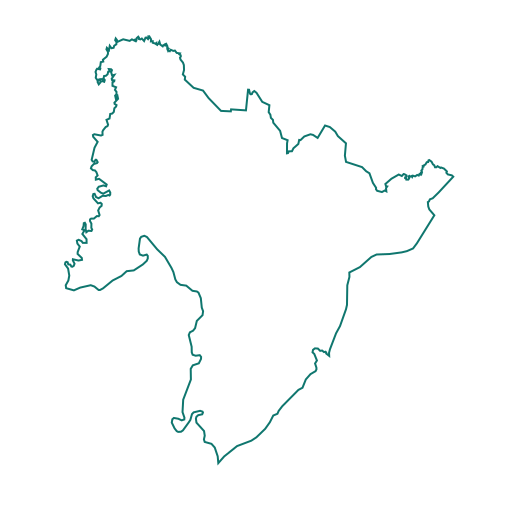 the district of Mueang Yasothon, Yasothon, Thailand, rotated 5°
{"feature_id": "78962969B68944208488638", "entity_name": "Mueang Yasothon", "entity_type": "district", "adm_level": 2, "iso_a3": "THA", "parent_name": "Thailand", "parent_adm1": "Yasothon", "projection": "equal_earth", "projection_center": [104.128, 15.832], "detail": "fine", "context": "isolated", "style": "outline", "palette": "teal", "viewbox_px": 512, "rotation_deg": 5, "n_neighbors": 0, "source": "geoboundaries", "source_scale": "gbopen_adm2", "svg_char_len": 5872}
<svg xmlns="http://www.w3.org/2000/svg" viewBox="0 0 512 512"><g transform="rotate(5 256 256)"><path d="M337.6,349.1L337.2,346.1L337.8,342.5L342.5,326.0L345.8,318.5L350.3,301.2L350.9,296.8L349.5,277.2L350.9,268.7L350.4,264.3L360.5,258.0L371.0,246.9L376.0,244.0L388.8,242.4L400.8,239.7L405.9,238.0L411.8,234.8L415.2,229.3L430.1,199.9L424.6,194.5L423.3,191.7L422.5,187.3L423.5,186.6L424.3,184.4L427.0,183.1L432.4,176.8L445.6,159.8L444.1,158.6L440.0,158.0L438.4,156.5L438.8,155.1L435.6,152.5L432.6,151.7L432.0,152.2L429.0,150.7L427.9,151.9L426.6,152.0L425.7,150.1L424.3,149.3L422.6,146.7L420.2,145.3L419.5,145.7L419.3,147.4L417.9,147.7L416.8,150.1L414.4,151.7L415.0,152.4L414.3,152.8L414.2,155.3L413.3,156.4L414.1,158.0L413.7,159.6L413.0,159.2L413.0,160.6L411.7,160.1L411.1,161.7L409.5,161.2L407.6,162.8L405.3,162.3L404.7,163.7L404.0,162.8L402.8,163.5L401.8,162.8L401.2,163.3L401.8,165.3L401.1,166.6L399.1,166.8L398.8,165.8L397.8,165.5L397.7,164.7L399.0,163.9L398.9,162.6L396.8,161.6L395.9,161.5L394.3,163.6L391.1,162.4L384.2,167.2L378.6,173.0L379.5,175.2L380.6,175.3L379.6,177.1L380.2,180.2L378.6,179.5L375.9,181.3L371.0,180.5L369.7,179.0L369.7,177.6L366.1,173.0L361.8,163.7L358.4,162.0L353.9,158.2L337.5,154.4L335.8,148.3L335.8,135.9L327.1,129.4L324.1,125.2L318.3,121.1L313.4,120.0L307.1,133.0L302.3,130.4L299.6,130.0L293.7,132.7L290.2,136.7L288.9,136.6L288.4,140.7L283.9,145.4L282.7,148.5L279.5,148.9L278.9,150.7L277.9,151.0L277.1,141.0L277.4,137.9L271.6,136.2L269.1,129.2L261.6,121.7L261.0,118.9L258.8,117.1L258.0,114.0L256.1,111.6L256.2,104.6L248.8,101.9L242.3,93.4L239.9,91.8L238.3,93.3L237.8,95.0L236.8,95.4L235.9,94.9L234.6,91.0L233.6,91.0L233.3,111.8L218.4,112.1L218.3,114.1L208.5,114.5L195.0,102.8L188.8,95.8L179.2,93.9L169.7,86.5L169.8,83.6L167.3,81.5L168.1,77.0L167.5,72.1L166.4,69.7L163.7,66.9L163.0,65.1L163.7,63.8L163.5,62.6L162.0,61.7L162.5,60.8L159.3,60.6L157.3,58.4L155.7,58.9L153.1,58.0L152.3,59.5L151.0,58.8L150.6,59.4L149.6,57.5L150.6,56.8L149.4,56.0L149.5,54.8L148.0,52.4L146.9,53.0L147.4,54.2L145.4,54.0L144.8,55.3L142.2,53.7L141.1,50.9L140.4,52.4L140.9,53.0L139.5,53.5L139.2,54.3L138.0,53.7L138.0,52.6L137.3,53.2L134.6,52.6L134.4,51.0L132.6,51.4L132.6,49.3L130.5,46.4L129.6,46.6L130.1,48.5L129.6,49.4L127.7,47.9L126.9,48.1L125.8,51.6L123.3,49.3L121.9,50.3L120.4,50.0L120.4,48.8L119.6,47.8L118.2,49.3L118.1,50.3L117.0,50.8L118.0,51.9L117.6,52.6L113.5,51.0L111.4,52.7L104.8,51.7L99.2,54.8L98.6,52.9L97.3,51.5L96.9,53.3L98.4,55.1L98.4,57.3L96.4,58.9L96.0,61.0L93.9,61.6L92.0,59.4L91.6,63.7L89.3,61.6L89.0,63.2L90.7,65.5L90.9,67.6L89.8,70.5L86.4,73.8L86.9,75.6L84.5,76.4L84.3,80.4L83.4,81.8L84.6,82.6L84.4,83.7L81.4,83.3L80.8,84.3L80.1,86.6L81.1,89.1L80.8,92.4L82.5,94.5L83.8,94.0L83.0,96.4L84.4,98.7L86.1,96.3L85.3,94.6L85.7,93.4L88.0,93.1L87.7,95.2L89.6,95.7L90.0,93.9L88.6,92.3L89.0,89.9L90.7,89.6L92.3,87.9L92.7,85.3L94.3,84.9L93.1,82.6L95.4,82.6L96.3,83.4L95.7,85.6L96.9,88.7L99.1,87.9L96.8,92.0L97.3,93.3L99.6,93.4L99.5,94.4L97.9,95.4L98.2,99.0L101.9,100.1L101.0,102.8L102.7,104.6L102.9,107.1L101.7,108.5L102.6,111.3L104.1,108.8L104.9,111.4L101.6,115.6L101.9,116.8L103.9,117.8L103.6,119.3L102.0,121.2L101.8,124.8L100.4,126.6L98.4,127.2L98.1,131.8L95.2,133.4L97.2,138.1L96.7,139.6L95.0,140.6L92.7,144.1L92.2,145.6L92.6,148.7L91.1,149.5L84.3,148.8L83.0,149.7L83.4,151.4L88.3,156.1L85.7,162.2L83.9,174.5L85.0,176.0L86.7,176.3L87.8,174.1L88.6,174.1L90.1,176.3L89.5,177.3L86.4,178.5L84.4,181.0L83.9,183.1L86.0,184.7L88.1,184.8L89.7,186.4L91.2,189.6L89.5,191.6L89.8,193.9L92.9,192.8L101.0,197.8L100.6,199.6L97.9,199.0L93.3,200.7L92.0,202.8L92.5,204.2L96.0,206.5L98.4,207.2L104.0,203.5L105.3,205.5L105.4,207.6L104.8,208.5L103.5,208.1L101.2,209.3L97.9,209.4L94.1,212.2L91.5,211.2L89.8,208.1L88.6,208.4L88.1,210.6L89.0,212.7L94.0,217.3L96.5,216.5L97.8,217.6L97.8,219.5L96.0,221.3L94.8,224.4L96.6,228.8L95.9,230.1L94.0,230.1L91.2,232.9L88.5,233.1L87.5,234.0L87.5,235.5L89.2,238.1L89.5,242.3L90.5,243.9L89.9,245.4L86.8,245.4L84.9,247.1L83.9,244.0L83.6,239.3L82.6,237.8L81.6,238.3L81.6,241.2L80.6,244.6L82.3,245.1L82.6,246.0L81.1,249.2L85.7,254.0L86.1,257.7L82.3,258.0L80.9,256.4L77.9,255.3L76.2,256.3L77.0,259.2L79.6,262.0L78.0,267.6L78.1,269.5L82.6,273.1L83.0,275.0L79.5,276.0L73.9,275.2L73.9,276.3L75.9,279.5L75.3,281.7L74.0,282.7L73.0,282.6L71.8,280.8L69.7,280.7L68.9,278.6L67.6,278.3L66.7,279.0L66.4,280.9L69.9,284.9L71.7,291.8L71.2,296.8L69.0,301.7L69.7,304.6L77.6,306.1L83.6,302.8L93.9,299.5L97.7,300.5L102.2,303.6L103.5,303.5L106.4,301.6L115.3,292.9L123.7,287.6L128.5,282.4L135.5,281.0L144.0,274.3L147.6,270.3L148.4,267.9L148.2,265.4L147.0,264.1L143.4,265.5L140.1,264.6L138.8,261.8L138.4,258.7L138.9,248.8L140.0,246.9L143.0,245.6L145.7,246.6L156.9,257.9L165.4,264.8L172.8,275.2L175.1,279.2L177.7,286.4L179.5,289.0L183.3,291.3L189.1,291.6L195.7,296.2L200.2,296.5L201.9,297.5L204.7,302.8L206.5,312.2L208.1,315.6L207.9,319.6L202.7,325.8L201.6,333.2L199.8,335.9L196.8,337.8L195.9,340.6L199.8,352.0L200.4,357.6L201.5,359.9L204.6,360.6L208.6,359.7L210.1,361.3L210.2,363.3L208.4,367.9L202.6,370.4L200.8,374.1L201.9,384.7L196.0,405.5L196.4,417.9L198.8,423.3L198.8,425.1L196.3,426.2L192.8,424.9L188.3,424.5L186.9,425.9L186.6,429.3L189.9,434.8L192.3,437.4L193.8,438.0L196.6,437.6L198.4,436.1L203.5,427.6L204.9,425.0L206.0,419.1L207.5,417.2L213.8,415.1L216.3,415.7L216.8,416.6L216.2,418.4L212.3,419.6L210.7,421.3L210.3,423.2L211.2,427.2L219.5,434.9L220.6,439.5L220.1,443.2L221.1,445.7L228.0,447.0L231.6,450.4L235.3,458.9L236.5,465.6L241.8,458.4L253.7,447.0L267.4,440.4L272.2,436.6L280.2,427.4L284.3,420.4L287.1,413.4L291.1,411.3L292.1,408.3L295.3,403.3L309.9,385.7L313.8,383.2L316.4,374.6L320.6,368.9L325.4,365.5L326.1,363.6L325.9,361.9L324.2,357.9L325.8,354.8L322.6,348.5L320.7,347.0L321.0,344.5L322.7,342.9L325.7,342.8L328.2,344.9L330.1,344.4L332.1,345.8L333.6,345.3L334.4,346.0L334.4,347.0L337.6,349.1Z" fill="none" stroke="#0f766e" stroke-width="2"/></g></svg>